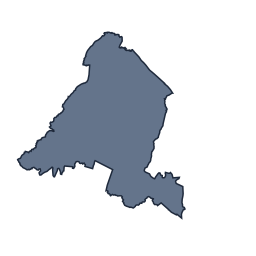 Sawankhalok, Sukhothai, Thailand, rotated 115°
{"feature_id": "78962969B82720870655259", "entity_name": "Sawankhalok", "entity_type": "district", "adm_level": 2, "iso_a3": "THA", "parent_name": "Thailand", "parent_adm1": "Sukhothai", "projection": "mercator", "projection_center": [99.858, 17.328], "detail": "fine", "context": "isolated", "style": "filled", "palette": "slate", "viewbox_px": 256, "rotation_deg": 115, "n_neighbors": 0, "source": "geoboundaries", "source_scale": "gbopen_adm2", "svg_char_len": 5899}
<svg xmlns="http://www.w3.org/2000/svg" viewBox="0 0 256 256"><g transform="rotate(115 128 128)"><path d="M198.1,168.5L196.9,168.8L195.2,168.5L193.9,168.5L193.8,168.1L190.4,169.4L189.2,169.3L186.5,161.7L187.9,161.2L187.6,160.2L185.4,159.9L183.1,161.1L181.6,160.8L181.0,160.9L180.1,160.3L179.6,159.4L179.3,158.1L180.3,157.0L180.3,156.3L179.9,155.5L179.2,154.9L179.2,154.4L179.7,153.8L178.4,153.0L178.9,152.4L179.2,151.2L181.0,150.8L179.8,142.9L176.5,143.5L175.4,143.4L172.4,144.1L171.5,144.0L172.2,124.3L188.6,122.6L194.2,121.4L193.6,120.7L193.6,119.7L194.1,119.3L195.1,119.4L195.3,118.8L195.7,118.5L195.9,118.0L195.4,117.3L195.8,116.2L196.5,115.8L196.8,115.2L196.6,115.0L195.8,114.8L195.3,114.2L194.8,114.0L194.8,112.4L193.9,111.6L194.2,110.6L193.8,109.5L194.0,108.6L192.8,106.7L192.3,105.3L192.8,104.1L193.8,104.1L194.1,103.4L194.5,103.1L195.1,101.7L196.6,102.0L196.9,101.9L197.4,100.3L198.1,100.1L199.4,98.3L199.5,96.3L199.2,94.2L199.2,92.9L198.8,92.5L198.7,91.8L198.4,91.4L198.3,89.5L198.0,89.2L196.0,88.3L195.2,88.3L194.6,88.1L193.9,87.3L193.5,86.0L192.3,85.4L191.8,85.5L191.0,85.3L190.4,83.7L189.6,83.9L189.1,83.7L188.5,83.0L188.4,82.4L187.9,81.8L186.9,81.6L186.4,81.7L185.8,82.4L184.6,82.1L183.6,81.3L182.5,81.3L181.4,80.3L181.4,78.9L181.9,77.7L181.4,75.1L181.6,75.0L182.8,75.5L183.6,75.2L184.3,73.9L185.4,73.0L186.1,71.6L185.5,70.2L185.3,69.1L185.8,68.4L181.9,66.3L184.6,57.2L185.0,56.8L184.9,56.4L186.0,53.1L186.3,47.4L185.5,47.2L187.0,41.3L183.9,43.0L182.0,43.4L178.7,43.3L177.9,42.9L178.0,42.4L177.4,42.1L176.2,43.4L176.3,44.5L176.0,45.4L174.4,46.2L172.9,47.5L169.9,48.7L166.2,49.6L164.2,50.3L157.9,53.6L157.9,60.9L156.3,62.3L155.6,62.4L154.4,61.9L153.3,61.3L152.7,60.6L152.3,60.5L151.0,60.6L154.2,66.2L151.4,68.5L150.4,70.7L151.4,71.1L151.9,72.2L152.4,75.3L153.5,75.0L154.1,74.4L155.3,73.8L156.3,73.7L157.6,74.0L158.2,74.9L158.4,75.8L158.0,76.3L156.6,76.9L156.8,78.5L155.3,79.9L155.3,80.2L155.7,80.6L155.6,81.0L156.7,81.5L161.0,82.3L162.6,82.3L162.8,82.5L162.8,83.8L162.3,86.6L161.7,87.6L160.5,89.1L160.6,93.5L160.2,94.8L159.7,95.3L157.2,95.7L155.1,94.1L153.3,94.4L152.8,94.2L150.7,94.2L149.4,93.7L148.1,93.7L145.9,94.4L143.9,94.7L143.1,95.0L142.4,95.5L139.5,96.4L138.7,96.1L135.6,95.8L133.5,96.7L132.3,97.7L131.7,97.7L131.1,97.9L130.7,98.5L129.5,99.2L126.4,98.3L125.6,97.4L123.6,96.6L122.4,97.0L118.9,97.3L117.7,97.8L116.3,98.0L115.2,97.6L113.6,97.7L111.3,97.3L109.2,98.0L99.4,100.1L98.3,100.2L97.0,100.0L95.9,101.0L95.2,100.4L94.8,100.6L94.4,100.6L93.9,101.1L93.7,101.8L93.3,101.9L92.3,103.6L91.4,103.8L90.2,105.2L88.5,105.7L87.3,106.6L86.8,106.5L86.2,107.1L86.0,106.4L85.5,106.7L85.2,106.4L82.3,106.3L80.9,104.8L77.7,102.8L77.5,102.3L75.3,105.8L73.5,109.8L72.5,113.7L72.1,113.6L67.9,127.3L66.4,132.9L63.5,138.4L62.2,141.4L61.2,144.5L58.9,148.3L56.4,154.6L56.0,155.2L55.9,155.8L55.5,156.6L55.5,157.0L55.2,157.1L55.3,157.4L56.1,157.7L56.8,157.5L57.0,158.0L57.3,158.1L57.4,158.8L56.7,159.0L56.6,159.3L57.0,160.1L57.7,160.5L57.8,161.5L58.4,162.2L58.3,163.2L58.1,163.7L57.0,163.1L56.4,164.5L57.1,164.5L57.4,164.6L56.9,165.6L57.6,166.1L57.3,168.0L57.6,168.3L58.5,168.2L58.6,168.6L58.5,169.2L58.8,169.7L58.5,170.1L56.3,170.3L51.7,170.0L48.3,171.7L47.9,172.4L48.8,173.4L48.6,173.5L48.7,173.8L49.0,173.9L48.5,174.6L48.4,175.2L47.5,175.5L47.4,176.5L48.2,178.0L48.8,178.4L48.8,179.1L49.1,179.3L48.7,179.7L48.1,179.9L48.1,180.4L48.6,182.0L48.4,182.6L48.8,182.8L48.7,183.4L49.2,183.6L49.2,185.4L49.9,187.0L50.6,187.0L50.6,188.2L51.2,188.6L51.6,189.6L52.6,189.6L53.0,188.5L54.4,188.7L54.9,189.1L55.2,190.1L57.6,190.6L60.1,191.8L61.0,192.3L63.3,194.2L65.0,194.7L68.2,195.1L70.0,196.2L74.8,197.3L77.1,197.4L80.6,196.9L80.8,196.5L83.0,196.8L83.6,196.7L83.7,197.0L84.6,196.6L84.8,196.3L85.6,196.5L86.9,196.3L87.1,195.8L88.0,195.9L88.1,195.6L88.6,195.4L89.1,195.8L89.7,195.4L89.2,193.8L89.3,192.7L88.9,192.3L89.1,191.9L88.7,191.6L88.4,191.6L88.4,191.2L88.0,190.7L87.7,190.6L87.2,189.3L96.3,185.8L101.2,184.6L102.6,184.8L103.4,184.7L104.5,185.5L105.0,185.7L105.5,186.1L105.7,186.8L106.4,187.1L106.6,187.6L108.0,188.9L112.0,191.4L114.6,192.0L115.8,191.6L116.9,192.5L119.0,192.7L121.5,193.8L124.4,194.4L124.7,195.4L125.3,195.1L127.2,195.1L129.7,196.0L133.3,196.3L134.2,197.0L136.5,196.4L136.4,195.8L137.0,195.0L138.2,193.9L139.3,194.3L140.4,194.1L142.7,195.0L142.8,195.3L143.6,195.4L145.0,196.8L145.6,196.9L146.4,196.6L146.9,197.4L148.5,197.6L148.9,197.9L149.2,198.6L149.7,198.9L150.8,199.2L151.7,198.7L153.3,198.3L154.4,198.9L155.2,199.7L155.3,200.5L156.0,200.7L156.6,200.7L158.6,198.7L160.3,199.6L161.0,198.1L160.8,197.0L161.4,195.0L161.3,194.5L162.3,193.8L162.6,194.1L162.8,196.9L163.2,197.1L163.5,197.9L164.8,198.7L165.5,198.9L165.8,199.3L169.5,199.7L170.9,199.1L173.1,201.7L174.7,202.0L175.4,201.9L175.6,202.4L177.0,203.7L177.1,204.1L177.7,204.1L178.0,204.7L178.4,204.6L178.7,204.2L179.6,204.6L180.0,204.2L181.1,204.6L181.8,203.9L183.1,204.2L183.8,203.3L184.9,203.3L185.1,203.8L186.0,204.4L186.8,204.7L187.5,204.7L187.6,205.6L188.2,206.2L189.9,206.0L189.8,206.4L190.0,206.9L191.0,207.3L191.3,207.6L192.3,207.6L192.2,208.9L192.6,211.2L194.0,211.1L194.1,211.6L195.2,211.3L197.7,212.6L199.4,212.7L200.0,212.6L201.0,212.7L201.6,213.6L203.2,214.7L203.9,214.0L204.2,213.2L204.9,212.7L205.5,211.1L206.3,210.9L206.5,210.1L207.4,209.6L207.5,208.2L208.3,206.4L208.3,203.8L208.6,201.9L208.1,201.1L207.6,200.8L207.7,199.9L206.8,199.4L206.7,198.9L205.8,198.6L205.5,197.8L205.1,197.8L204.6,198.1L203.7,197.0L203.4,196.4L203.7,195.6L203.8,194.3L204.3,193.3L204.1,191.6L202.7,191.3L202.2,190.3L203.2,189.5L203.9,189.1L205.9,189.7L206.3,189.6L207.8,188.2L207.9,187.9L207.2,186.9L205.3,186.1L203.2,184.7L201.6,183.1L198.8,181.9L197.4,181.0L195.9,180.5L195.6,180.2L195.6,179.6L196.4,179.0L197.7,178.7L202.8,175.8L203.5,174.5L203.3,174.0L202.5,174.0L196.2,174.1L194.8,174.6L194.1,174.1L193.9,173.5L194.3,172.8L196.3,170.7L198.1,169.8L198.3,169.2L198.1,168.5Z" fill="#64748b" stroke="#1e293b" stroke-width="1.5"/></g></svg>